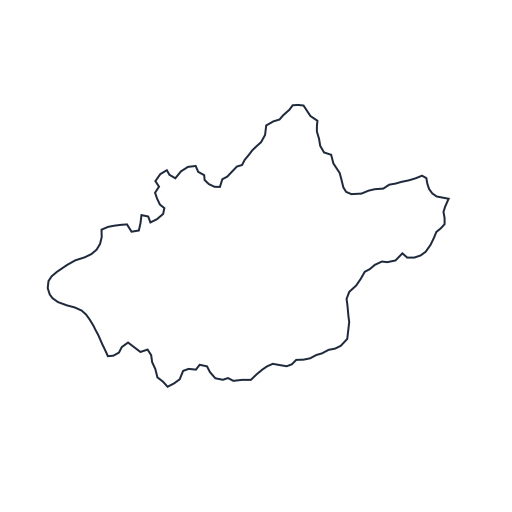 Guatambú, Santa Catarina, Brazil, rotated 54°
{"feature_id": "56859067B99380282166961", "entity_name": "Guatambú", "entity_type": "district", "adm_level": 2, "iso_a3": "BRA", "parent_name": "Brazil", "parent_adm1": "Santa Catarina", "projection": "robinson", "projection_center": [-52.789, -27.112], "detail": "fine", "context": "isolated", "style": "outline", "palette": "slate", "viewbox_px": 512, "rotation_deg": 54, "n_neighbors": 0, "source": "geoboundaries", "source_scale": "gbopen_adm2", "svg_char_len": 2261}
<svg xmlns="http://www.w3.org/2000/svg" viewBox="0 0 512 512"><g transform="rotate(54 256 256)"><path d="M143.9,365.5L150.0,369.7L154.6,375.1L157.2,381.3L157.7,388.1L156.4,395.3L153.3,404.7L152.2,414.0L152.0,420.3L151.8,426.4L152.3,433.3L154.3,438.6L159.6,443.4L166.0,445.5L170.6,445.4L176.9,443.3L184.8,438.0L190.9,433.0L197.5,429.2L203.3,427.9L209.7,427.9L216.8,428.5L222.1,429.4L226.9,430.0L237.4,432.3L243.1,433.3L250.0,434.7L252.8,430.0L253.6,423.7L250.8,418.1L250.8,410.4L265.7,405.9L268.0,398.7L274.6,399.1L280.8,402.4L288.3,403.9L296.2,407.1L303.0,405.1L309.8,404.4L310.9,397.3L310.9,390.2L306.1,382.5L307.7,376.9L312.6,371.4L310.9,365.5L316.5,360.5L322.8,361.5L331.0,360.8L336.7,355.5L338.3,350.4L343.7,347.7L347.9,340.3L353.2,332.9L352.1,325.1L351.6,317.5L351.8,311.8L353.1,305.8L357.9,301.2L363.2,296.0L364.7,290.7L363.7,284.5L367.8,278.5L370.6,272.3L371.6,265.2L373.5,260.1L374.6,252.4L377.4,246.5L378.5,240.2L376.7,230.9L364.2,219.4L359.2,216.7L350.3,211.4L343.9,207.9L339.8,201.6L338.8,192.4L336.1,184.8L332.7,177.3L333.5,171.6L333.0,165.1L334.5,157.4L338.1,153.5L341.6,145.8L339.9,136.0L346.2,134.6L350.3,128.9L352.3,122.6L352.3,116.2L349.5,108.1L345.8,101.2L342.6,96.1L342.2,90.0L341.1,84.7L336.1,81.1L330.5,78.4L327.2,73.9L322.9,66.5L314.0,74.9L308.9,76.6L303.5,76.6L298.2,74.9L293.1,72.4L288.6,74.5L287.0,81.1L284.5,88.2L281.5,94.8L279.5,100.4L276.6,106.3L276.3,113.4L271.8,120.6L269.3,126.5L267.5,134.0L262.0,142.5L257.1,145.4L251.8,145.0L244.5,142.0L238.0,139.5L226.6,139.0L218.3,135.7L212.2,140.1L204.6,139.3L198.2,136.1L191.1,133.6L187.0,130.6L182.7,126.8L174.8,129.7L162.2,129.1L158.4,133.3L155.6,137.8L157.3,142.9L158.1,151.1L159.4,156.8L157.3,162.8L156.4,171.0L163.4,177.5L166.9,185.0L167.5,190.9L168.3,196.8L170.0,202.5L171.6,208.7L174.2,213.8L172.4,218.9L173.6,225.6L174.9,232.6L174.1,238.1L178.9,244.6L175.6,248.9L170.1,251.9L164.3,252.9L160.1,250.4L154.0,253.3L147.7,251.9L143.9,258.7L143.4,266.9L145.7,275.6L139.4,278.3L134.2,277.7L133.5,285.3L136.3,293.4L142.9,293.7L145.5,300.5L151.5,302.3L157.9,303.5L163.4,302.0L167.4,306.4L168.0,314.5L166.8,321.7L160.7,320.0L155.6,324.6L161.6,330.2L166.5,335.8L163.2,342.4L154.6,341.8L151.5,346.8L148.3,352.6L145.5,358.5L143.9,365.5Z" fill="none" stroke="#1e293b" stroke-width="2"/></g></svg>